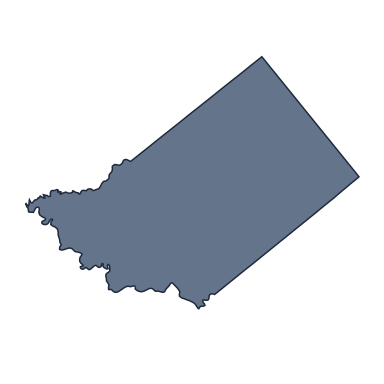 Indiana, Robinson projection, rotated 51°
{"feature_id": "USA-3547", "entity_name": "Indiana", "entity_type": "State", "adm_level": 1, "iso_a3": "USA", "parent_name": "United States of America", "parent_adm1": "", "projection": "robinson", "projection_center": [-86.788, 39.771], "detail": "fine", "context": "isolated", "style": "filled", "palette": "slate", "viewbox_px": 384, "rotation_deg": 51, "n_neighbors": 0, "source": "natural_earth", "source_scale": "10m", "svg_char_len": 5231}
<svg xmlns="http://www.w3.org/2000/svg" viewBox="0 0 384 384"><g transform="rotate(51 192 192)"><path d="M285.4,56.9L285.4,62.5L285.5,68.1L285.6,74.3L285.7,79.9L285.9,85.1L285.9,90.8L285.9,96.4L285.9,102.1L286.0,107.8L286.0,113.5L286.0,119.1L286.0,124.8L286.0,130.5L286.0,136.2L286.0,141.9L286.0,147.5L286.0,153.2L286.0,158.9L286.0,164.6L286.0,170.2L286.0,175.9L286.0,181.6L286.0,187.4L286.0,193.1L285.9,198.8L285.9,204.5L285.9,210.3L285.9,216.0L285.9,221.7L285.9,227.4L285.9,233.2L285.9,238.9L284.8,239.5L283.0,241.4L283.2,243.7L284.8,245.3L285.7,246.3L286.0,247.5L285.4,248.8L283.4,250.7L282.9,251.4L283.6,252.3L284.5,252.7L287.0,252.8L288.3,253.3L288.2,254.3L287.5,255.5L286.7,256.5L286.2,257.8L287.0,260.2L286.3,260.6L281.6,260.1L279.6,260.3L275.9,261.8L267.5,266.8L265.1,267.3L264.0,266.6L262.0,264.4L261.0,264.0L257.3,263.8L250.7,264.4L249.6,265.0L249.6,266.3L250.1,267.8L250.5,268.8L251.0,273.1L252.2,275.8L252.0,277.2L251.2,278.2L248.1,280.4L247.3,281.3L246.4,282.5L245.5,283.1L243.0,283.4L241.9,283.7L240.2,285.7L238.8,291.9L237.6,294.3L235.5,295.9L234.4,296.5L232.2,297.1L231.5,297.1L231.2,296.5L230.9,296.2L230.2,295.9L229.4,295.8L228.8,295.8L228.1,296.6L226.8,299.5L226.2,300.1L225.3,300.6L224.5,301.9L224.0,303.4L223.7,304.9L223.2,311.6L222.6,313.4L222.2,314.1L221.8,314.6L221.2,315.1L220.6,315.5L217.7,316.0L216.4,316.5L215.8,317.7L215.3,318.2L214.0,317.3L211.8,315.0L210.5,314.7L207.6,314.5L206.4,313.8L205.5,313.1L203.2,311.9L202.3,311.2L201.7,310.2L201.6,309.1L201.8,306.1L201.3,305.3L198.3,303.0L197.2,302.5L196.0,302.4L195.4,302.9L196.1,304.2L197.2,304.9L198.4,305.2L198.9,305.7L197.9,306.9L195.5,307.9L194.1,308.0L193.4,307.8L193.1,307.1L192.8,306.8L192.1,306.5L191.4,306.4L191.1,307.1L191.4,307.8L192.4,309.0L192.7,309.7L192.5,311.2L191.5,312.1L190.2,312.5L188.9,312.6L188.2,313.3L187.9,314.7L188.1,319.4L187.9,320.4L187.2,321.1L184.0,321.8L183.7,322.8L183.7,324.2L183.2,325.6L182.0,326.4L180.6,326.4L179.8,325.7L180.2,324.5L180.9,323.0L179.8,322.7L177.2,323.2L175.2,322.9L173.4,321.5L172.1,319.6L171.7,317.7L170.7,316.4L168.7,317.2L166.4,318.9L165.1,320.1L164.3,320.5L160.9,320.8L159.9,321.3L159.1,321.8L158.4,322.6L157.7,323.7L156.1,328.1L155.2,329.8L153.4,331.0L152.7,330.6L152.2,330.1L151.3,329.0L151.1,328.3L150.9,327.5L150.7,326.9L150.0,326.6L148.9,326.5L148.1,326.3L147.5,326.0L145.4,324.7L141.5,323.2L140.4,322.5L139.4,321.6L138.1,320.8L136.7,320.2L135.5,319.9L133.0,320.5L130.6,321.7L128.4,322.2L126.4,320.3L126.2,319.7L126.3,318.5L125.9,317.9L125.5,317.8L125.0,317.8L124.5,318.3L124.4,319.2L124.6,320.7L125.6,322.8L125.9,324.2L125.3,326.2L123.8,327.7L122.1,328.4L120.8,327.6L120.6,326.5L121.2,324.2L121.1,323.2L120.4,322.7L119.4,322.7L118.5,323.2L118.0,323.7L117.4,323.8L115.1,324.5L114.0,324.7L112.7,324.4L111.6,323.9L110.7,323.1L109.8,322.0L108.7,321.1L107.5,320.9L106.5,321.5L106.1,323.0L106.3,323.9L108.0,328.1L105.3,331.0L105.0,331.4L104.0,331.2L101.9,329.9L100.9,329.5L99.6,329.7L98.2,329.2L97.1,329.0L96.7,328.9L96.5,328.6L96.5,328.2L98.4,328.2L99.3,328.1L99.9,327.8L99.5,327.0L96.7,324.4L95.7,323.2L98.3,323.7L98.9,323.7L99.8,323.2L100.0,322.7L99.8,322.1L99.7,321.1L99.3,319.7L99.4,318.8L99.9,318.4L100.2,317.9L100.2,316.9L99.9,315.7L99.7,315.0L100.4,314.2L99.6,312.5L100.3,312.1L101.3,312.0L102.3,311.5L103.3,310.9L104.1,310.2L103.3,309.5L101.5,309.7L100.5,309.2L101.9,308.3L103.1,307.1L103.7,306.7L105.0,306.4L105.5,306.1L106.1,304.9L105.4,304.0L104.3,303.4L103.7,302.8L103.5,302.3L103.1,301.9L102.7,301.3L102.6,300.6L102.8,299.7L103.2,299.2L103.7,298.8L104.2,298.2L104.6,297.1L104.9,295.9L105.5,295.1L106.6,294.8L106.7,295.2L107.2,296.1L107.8,296.4L108.3,295.1L108.7,294.5L109.1,294.0L109.6,293.8L109.8,294.1L109.9,294.8L110.2,295.5L110.7,295.8L111.1,295.4L111.3,294.6L111.4,293.7L111.5,293.1L111.9,292.3L112.4,290.7L112.9,290.0L113.4,289.6L114.5,289.2L114.9,289.0L115.8,287.9L116.7,286.4L117.0,285.0L116.1,284.2L116.1,283.7L117.9,283.1L119.7,282.2L120.2,281.8L120.9,281.1L121.3,280.8L121.8,280.7L122.2,281.1L122.5,281.1L122.9,280.3L122.9,279.5L121.9,278.0L121.7,276.9L122.0,275.9L122.6,275.1L123.3,274.5L124.1,274.1L123.7,274.1L123.9,273.9L124.1,273.7L124.3,273.4L124.5,273.1L124.2,271.6L124.7,270.2L125.6,269.1L126.5,268.3L127.1,268.2L127.9,268.2L128.6,268.1L128.9,267.5L130.7,262.4L130.0,259.6L128.7,256.9L128.1,254.3L128.3,253.5L129.1,252.4L129.3,251.6L129.3,248.7L129.0,247.8L127.3,246.4L126.6,245.6L126.2,244.4L125.8,241.8L125.2,240.6L123.4,238.9L122.6,238.4L122.1,238.0L121.8,237.4L122.0,234.7L125.8,231.3L125.8,228.2L124.5,225.9L124.3,224.6L124.9,223.2L125.9,222.2L129.4,220.6L129.6,220.3L129.6,217.6L129.7,207.4L129.8,197.2L129.8,187.0L129.9,176.9L130.0,166.7L130.1,156.6L130.1,146.5L130.2,136.4L130.3,126.3L130.4,116.2L130.4,106.1L130.5,96.0L130.6,85.8L130.7,75.7L130.7,65.6L130.8,55.5L130.8,52.6L138.7,52.6L144.6,52.6L147.5,52.6L147.9,52.6L148.6,52.6L149.0,52.6L153.4,52.6L157.8,52.6L162.2,52.6L166.7,52.6L171.1,52.6L175.5,52.6L179.9,52.6L184.3,52.6L188.7,52.6L193.2,52.6L197.6,52.6L202.0,52.6L206.4,52.6L210.8,52.6L215.2,52.6L219.6,52.6L224.1,52.6L228.5,52.6L232.9,52.6L237.3,52.6L241.7,52.6L246.1,52.6L250.6,52.6L255.0,52.6L259.4,52.6L263.8,52.6L268.2,52.6L272.6,52.6L277.0,52.6L281.5,52.6L285.3,52.7L285.4,56.9Z" fill="#64748b" stroke="#1e293b" stroke-width="1.5"/></g></svg>